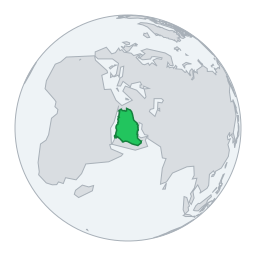 Saudi Arabia on an orthographic globe, rotated 38°
{"feature_id": "SAU", "entity_name": "Saudi Arabia", "entity_type": "country or territory", "adm_level": 0, "iso_a3": "SAU", "parent_name": "Asia", "parent_adm1": "", "projection": "orthographic", "projection_center": [44.88, 24.248], "detail": "fine", "context": "on_globe", "style": "filled", "palette": "green", "viewbox_px": 256, "rotation_deg": 38, "n_neighbors": 0, "source": "natural_earth", "source_scale": "50m", "svg_char_len": 14012}
<svg xmlns="http://www.w3.org/2000/svg" viewBox="0 0 256 256"><g transform="rotate(38 128 128)"><circle cx="128" cy="128" r="113" fill="#eef3f6" stroke="#a8b0b8"/><path d="M152.3,18.0L149.6,17.4L148.8,17.3L152.2,18.0L153.3,18.4L148.4,17.3L149.8,18.0L141.2,16.9L129.0,15.5L123.4,15.9L108.8,17.2L109.4,17.3L104.3,18.4L103.0,19.0L100.6,19.4L101.7,19.6L104.0,19.1L105.3,19.1L104.8,19.6L101.7,20.0L101.5,19.9L100.3,20.3L99.0,20.4L99.4,20.6L95.7,21.3L98.5,21.3L94.9,22.4L92.7,22.7L94.0,21.8L92.1,21.3L90.7,21.7L99.2,19.1L108.0,17.2L116.8,15.9L125.7,15.4L134.7,15.6L143.6,16.4L152.3,18.0ZM81.9,25.2L76.7,27.8L74.2,29.0L73.6,29.4L81.9,25.2ZM70.2,31.3L70.9,30.9L74.5,29.0L75.0,29.0L79.3,27.0L80.1,26.8L84.1,25.4L82.3,26.7L78.4,28.8L75.0,30.2L73.2,31.4L75.4,31.1L68.2,35.2L61.8,40.6L60.1,41.7L58.4,41.4L60.9,38.3L58.7,39.2L58.9,39.9L54.5,43.2L53.3,44.4L52.8,45.2L53.9,44.5L52.2,46.1L51.4,45.6L53.0,44.2L53.2,44.3L54.3,43.0L53.8,43.2L61.8,36.9L70.2,31.3ZM15.4,132.5L16.0,137.3L17.5,145.7L18.4,152.0L19.0,156.3L19.2,157.2L17.3,149.1L16.1,140.8L15.4,132.5ZM84.8,24.8L84.5,25.1L83.9,25.2L84.8,24.8ZM86.9,24.0L86.5,23.9L87.4,23.5L87.7,23.6L86.9,24.0ZM156.9,19.2L157.7,19.5L156.0,18.9L156.9,19.2ZM87.1,24.2L89.1,22.9L90.8,22.2L92.9,22.0L87.1,24.2ZM157.5,19.5L159.4,20.5L161.6,21.1L156.5,20.4L156.6,19.5L154.2,18.7L156.4,19.3L157.5,19.5ZM105.0,18.8L102.5,19.3L105.1,18.6L105.0,18.8ZM106.4,18.4L112.7,16.7L116.2,16.4L113.4,16.9L118.3,16.5L117.0,17.1L113.9,17.5L111.9,17.5L112.9,17.8L106.4,18.4ZM153.4,20.0L153.1,20.2L152.4,19.8L153.4,20.0ZM106.0,19.1L106.9,18.7L110.1,18.4L108.7,19.2L108.1,19.0L106.0,19.1ZM120.3,16.1L122.4,16.2L121.9,16.7L122.6,16.8L117.2,17.1L120.3,16.1ZM107.2,19.3L108.0,19.6L106.0,20.2L105.3,19.5L107.2,19.3ZM111.4,18.0L112.9,17.9L111.6,18.2L111.4,18.0ZM99.5,22.8L100.6,22.1L102.3,21.8L99.5,22.8ZM108.4,19.7L109.0,19.5L109.8,19.4L110.0,19.8L108.4,19.7ZM117.2,17.6L116.6,17.8L119.4,17.4L119.1,18.0L115.6,18.2L117.0,18.3L116.9,18.5L114.1,18.5L117.2,17.6ZM112.5,19.8L107.9,20.5L105.5,21.8L103.9,22.0L108.0,20.0L112.5,19.8ZM113.7,19.0L112.6,19.5L111.1,19.4L111.0,19.0L113.7,19.0ZM120.2,18.3L121.5,17.4L122.3,17.5L120.2,18.3ZM112.1,20.2L113.2,20.0L112.0,20.2L112.1,20.2ZM118.0,18.8L118.4,18.5L119.2,18.5L118.0,18.8ZM115.1,20.1L113.6,20.2L113.5,19.9L115.1,20.1ZM116.6,19.5L117.7,19.6L114.3,19.7L116.7,19.3L116.6,19.5ZM118.7,18.9L119.3,18.8L118.4,19.1L118.7,18.9ZM116.4,21.3L112.2,21.5L111.9,20.7L116.0,20.6L116.4,21.3ZM34.6,141.0L31.4,122.5L34.3,117.4L35.8,110.0L57.2,91.7L60.6,94.6L76.2,95.7L77.9,97.1L74.9,102.6L85.7,112.2L90.5,108.0L101.4,113.5L109.4,114.1L114.3,103.4L101.2,102.1L100.1,96.6L111.5,92.9L123.1,94.5L123.0,92.4L116.7,87.3L120.3,83.8L114.6,85.3L116.2,87.5L112.6,88.7L111.0,86.7L112.3,85.5L109.1,84.2L103.5,91.1L104.5,94.1L95.4,94.3L96.3,99.5L93.5,101.5L91.0,93.5L92.0,90.9L86.6,81.9L84.8,84.6L89.7,93.4L87.7,92.5L85.3,96.7L85.6,92.7L80.7,82.9L73.2,83.1L61.9,92.0L57.9,91.7L55.3,88.2L61.2,77.7L69.5,79.6L71.7,76.4L71.5,70.7L74.0,72.0L75.0,70.0L78.3,70.7L84.4,67.1L87.9,67.4L91.8,62.0L94.1,61.6L91.2,64.8L91.0,67.5L100.1,68.8L102.2,67.9L104.0,64.4L106.3,65.4L106.8,61.8L112.7,61.3L106.0,59.2L107.9,55.5L112.2,53.2L111.6,51.7L104.6,55.6L102.8,57.5L103.3,59.7L97.5,65.3L94.1,65.8L95.6,58.9L90.9,59.0L94.1,54.0L111.1,46.0L117.6,45.1L125.1,50.8L122.8,52.9L118.9,51.7L121.2,56.0L121.7,54.1L123.5,55.1L125.8,52.3L127.3,52.9L127.0,49.3L129.0,49.7L129.1,52.0L134.2,48.7L138.8,49.1L139.3,48.1L138.5,46.9L144.8,48.5L144.9,47.7L142.8,46.9L141.6,44.8L141.9,42.0L144.1,42.7L144.3,43.8L148.0,47.4L148.1,50.6L149.0,50.6L149.4,48.1L144.9,43.6L144.5,41.7L147.0,43.5L146.1,42.7L146.5,42.0L149.0,42.1L146.5,40.0L148.7,32.7L153.8,32.4L155.7,34.6L159.6,31.3L165.0,32.0L163.1,31.1L163.6,29.3L161.9,29.1L161.1,28.5L161.7,24.8L163.5,24.7L161.6,22.7L160.7,22.4L159.2,22.3L156.5,20.4L161.6,21.1L163.6,21.8L165.4,22.0L169.7,23.8L174.0,25.7L177.6,28.0L180.8,29.6L181.1,29.5L185.7,31.8L193.8,37.3L185.6,33.0L173.1,26.3L178.1,28.9L176.5,28.5L178.0,29.6L181.5,31.6L182.2,31.7L185.5,36.9L193.0,44.0L193.7,42.3L196.5,43.6L205.7,51.9L213.9,66.9L217.8,70.0L219.7,72.8L220.0,75.6L217.2,71.5L215.2,71.0L213.6,68.5L213.1,72.1L210.8,68.7L211.5,73.5L214.0,75.7L215.3,73.5L216.9,79.5L221.4,82.9L224.6,88.7L226.2,102.1L223.7,108.1L224.2,110.2L221.8,109.1L220.7,114.4L226.9,123.6L227.4,126.9L224.7,135.3L224.3,133.0L218.0,129.9L218.3,138.1L223.2,142.5L224.9,149.3L221.8,148.5L219.9,142.7L217.7,141.4L217.2,134.4L213.2,125.2L210.1,128.6L209.3,124.5L203.4,117.6L198.3,122.3L190.8,136.1L191.5,146.8L188.2,152.3L179.9,138.7L176.8,128.7L173.5,130.4L165.3,122.8L150.0,124.1L148.2,121.5L145.2,123.0L139.5,120.6L136.9,116.3L133.3,116.7L140.4,128.1L144.3,127.7L148.1,122.9L149.3,127.1L154.8,130.4L147.4,141.0L125.3,150.7L123.8,142.6L110.3,119.9L111.1,117.4L111.0,117.1L110.9,116.6L109.0,120.6L106.9,116.1L113.4,132.0L114.3,138.7L125.0,151.1L123.8,152.4L127.5,154.9L140.0,151.6L139.9,154.2L133.6,166.5L116.9,182.3L119.5,192.5L119.0,200.8L109.4,205.6L111.2,211.6L106.4,213.3L106.7,216.5L103.3,219.4L97.4,221.6L86.4,219.9L85.0,217.1L78.4,210.6L68.9,194.5L70.9,188.1L69.6,182.2L61.7,167.4L63.3,160.3L61.4,156.6L57.3,156.2L55.2,151.7L52.8,150.9L38.5,148.1L34.6,141.0ZM48.6,102.5L47.8,104.7L48.6,102.5ZM134.7,101.9L142.1,102.3L139.9,95.4L142.6,95.1L140.8,93.0L139.7,94.9L135.7,89.3L139.3,87.3L138.9,84.4L136.4,84.2L130.5,88.8L136.3,96.8L134.1,99.6L134.7,101.9ZM54.6,43.2L54.6,43.3L53.7,44.3L53.4,44.4L54.6,43.2ZM54.2,46.4L51.4,48.9L53.2,47.0L52.3,47.4L54.8,44.1L59.3,42.1L56.8,43.5L54.2,46.4ZM59.5,39.7L57.4,41.7L59.5,39.6L59.5,39.7ZM76.9,59.9L77.6,61.4L75.6,63.3L71.1,63.7L73.9,60.8L76.9,59.9ZM78.9,63.2L81.6,56.7L84.5,56.5L82.4,57.6L84.1,58.1L81.2,60.2L81.3,66.7L79.6,68.9L72.2,67.9L75.6,66.9L74.8,65.3L78.9,63.2ZM83.3,43.3L84.5,41.2L89.3,43.3L87.6,45.0L83.0,45.3L82.3,43.4L83.3,43.3ZM90.6,24.3L90.8,23.9L91.6,23.7L92.2,23.8L90.6,24.3ZM99.9,22.5L90.9,25.9L90.6,25.6L85.6,28.3L82.9,28.6L86.2,26.7L80.5,29.2L82.4,27.7L78.5,29.6L86.2,25.4L87.6,24.3L87.0,25.3L89.4,25.0L90.9,24.6L96.3,22.6L100.6,20.6L103.7,20.2L104.8,20.5L104.2,21.0L102.4,21.0L102.9,21.6L99.8,22.0L99.9,22.5ZM115.0,28.5L113.1,27.7L113.7,30.3L110.6,30.1L110.9,30.5L108.2,31.1L105.3,32.6L104.1,32.3L103.5,33.1L101.7,33.6L100.5,34.6L97.9,34.5L96.2,35.7L95.9,35.0L93.8,37.2L94.2,35.6L91.9,36.4L92.7,37.5L81.4,36.4L76.3,37.6L71.9,39.7L73.2,37.1L78.3,33.7L84.9,30.6L89.5,29.9L89.3,29.1L91.5,28.6L90.8,29.5L93.2,27.8L94.8,27.7L100.6,25.9L103.1,23.9L105.3,23.3L105.1,24.1L107.4,23.0L108.6,24.1L110.2,23.7L112.9,24.6L111.7,26.5L113.6,26.0L115.7,26.8L115.0,28.5ZM117.1,21.6L116.3,23.5L114.2,24.4L110.3,22.6L108.6,22.7L106.1,21.9L109.2,20.6L109.6,20.9L110.8,20.9L109.3,21.3L111.4,21.1L112.0,21.6L113.8,21.6L113.0,22.1L117.1,21.6ZM80.6,95.3L82.1,95.9L84.6,96.1L83.1,99.0L80.6,95.3ZM77.1,88.7L78.6,88.6L77.7,92.4L76.1,92.0L77.1,88.7ZM80.2,85.5L78.7,88.3L78.6,86.5L80.2,85.5ZM92.6,64.7L94.2,64.5L94.1,65.4L92.8,66.5L92.6,64.7ZM116.0,37.3L115.3,36.4L116.0,36.1L116.6,33.8L118.9,33.9L119.5,35.3L116.0,37.3ZM111.6,105.1L108.9,107.0L107.9,105.9L109.0,105.4L111.6,105.1ZM95.0,103.1L98.4,105.0L94.5,103.9L95.0,103.1ZM118.7,37.1L118.6,36.0L119.8,36.7L118.7,37.1ZM120.6,33.9L122.2,34.5L119.2,33.7L120.6,33.9ZM158.3,233.0L159.2,233.4L157.4,233.7L158.3,233.0ZM138.6,199.4L131.9,213.2L126.5,213.3L125.0,209.4L127.2,201.1L133.4,198.6L136.3,194.5L138.6,199.4ZM234.8,157.6L235.6,156.9L235.5,157.4L234.8,157.6ZM234.1,157.1L235.2,156.0L233.7,158.3L234.1,157.1ZM235.5,155.5L236.6,153.3L237.1,152.0L236.9,153.1L235.5,155.5ZM233.3,158.0L227.8,162.4L225.3,162.9L226.2,160.7L230.2,158.3L233.3,158.0ZM225.9,160.8L221.8,158.5L214.4,147.5L217.1,146.6L224.5,151.7L224.1,153.4L226.6,155.7L225.9,160.8ZM234.9,145.2L234.4,150.0L231.6,152.1L230.2,152.5L229.3,147.5L229.8,144.1L231.1,143.3L234.5,129.6L236.0,130.8L235.2,136.1L236.3,139.0L234.9,145.2ZM192.1,147.7L195.0,153.2L193.0,154.8L192.1,147.7ZM234.9,121.1L234.2,127.0L234.5,119.8L234.9,121.1ZM234.4,114.8L235.0,116.9L234.0,115.4L234.4,114.8ZM225.1,113.3L223.8,114.8L223.3,113.2L224.6,110.5L225.1,113.3ZM227.1,93.8L228.9,98.3L229.3,100.1L227.8,97.8L227.1,93.8ZM138.6,38.4L135.2,41.3L134.2,43.9L136.1,46.0L132.0,44.5L133.4,40.5L138.6,38.4ZM147.2,33.2L145.5,31.7L147.2,31.7L147.8,32.1L147.2,33.2ZM145.5,32.7L141.7,32.1L141.3,30.9L144.4,31.6L145.5,32.7ZM130.1,34.1L128.9,34.9L128.0,34.2L130.1,34.1ZM216.0,198.3L215.6,198.7L218.1,195.5L222.1,188.5L222.5,188.1L225.1,182.7L230.9,173.1L235.8,160.4L236.2,159.3L233.4,167.7L230.0,175.9L225.9,183.7L221.2,191.2L216.0,198.3ZM236.7,155.3L238.1,150.2L238.5,149.0L236.7,155.3ZM240.3,136.9L240.4,135.4L240.5,132.9L240.3,133.2L240.6,130.1L240.6,130.8L240.3,136.9ZM239.4,139.9L239.3,141.2L239.1,140.8L239.4,139.9ZM239.7,138.5L240.1,138.2L239.6,139.7L239.7,138.5ZM237.0,139.3L237.3,141.7L238.4,138.4L237.5,142.1L237.9,145.7L237.5,147.9L237.2,143.8L236.6,149.4L236.1,149.9L236.1,145.8L236.8,139.7L237.3,136.8L239.0,133.2L237.0,139.3ZM239.8,135.1L239.7,132.2L239.7,129.7L240.0,131.0L239.8,135.1ZM238.6,125.6L237.4,123.0L236.9,125.4L237.5,118.1L238.6,121.8L238.6,125.6ZM236.8,118.3L236.4,120.5L236.5,116.5L236.8,118.3ZM236.0,119.5L235.4,117.0L236.0,116.6L236.0,119.5ZM237.2,117.9L236.4,113.3L237.2,115.5L237.2,117.9ZM233.8,111.5L236.0,114.2L234.0,114.5L231.6,106.1L232.2,105.0L233.8,111.5ZM222.7,73.8L221.3,71.8L221.2,70.5L222.2,72.2L222.7,73.8ZM219.7,65.3L220.7,69.6L221.3,73.3L222.2,73.8L224.3,78.0L221.7,75.3L219.7,69.9L219.7,67.8L217.5,64.6L216.2,61.6L213.2,58.1L212.0,56.2L214.7,58.7L219.7,65.3ZM211.9,56.8L206.3,50.7L207.2,50.2L208.6,51.4L210.8,54.3L210.2,54.4L211.9,56.8ZM205.2,49.1L204.5,49.3L194.8,42.4L193.0,40.9L200.9,45.4L200.7,45.8L202.9,47.7L205.2,49.1ZM154.3,20.5L153.2,20.2L154.1,20.2L154.3,20.5ZM160.1,28.4L159.1,27.7L160.2,27.6L160.1,28.4ZM156.8,25.8L156.3,26.4L155.9,25.5L156.8,25.8ZM155.3,27.9L155.6,26.5L156.6,28.2L155.3,27.9Z" fill="#d9dde1" stroke="#a8b0b8" stroke-width="1"/><path d="M141.2,138.0L140.7,138.1L140.3,138.1L139.8,138.2L139.3,138.3L138.8,138.4L138.2,138.5L137.6,138.6L137.0,138.7L136.5,138.8L136.0,138.9L135.7,139.0L135.4,139.2L134.9,139.5L134.4,139.7L134.1,139.9L133.9,140.2L133.7,140.4L133.5,140.7L133.3,141.0L133.1,141.3L133.0,141.5L132.8,141.9L132.7,142.1L132.3,142.3L131.9,142.3L131.8,142.0L131.6,141.8L131.5,141.7L131.4,141.7L131.1,141.7L130.7,141.7L130.2,141.7L129.7,141.7L129.2,141.6L128.7,141.4L128.1,141.4L127.7,141.4L127.4,141.4L127.0,141.4L126.6,141.4L126.5,141.5L126.4,141.5L126.2,141.6L125.8,141.5L125.7,141.4L125.5,141.2L125.4,141.2L125.1,141.2L125.0,141.3L124.8,141.5L124.8,141.8L124.7,142.0L124.7,142.3L124.7,142.5L124.8,142.6L124.8,142.8L124.7,142.8L124.6,143.0L124.4,143.1L124.1,143.4L124.0,143.0L123.9,142.9L123.9,142.7L123.6,142.4L123.5,142.1L123.3,141.9L123.2,141.7L123.2,141.3L122.7,140.9L122.1,140.4L122.0,140.2L121.7,139.7L121.6,139.3L121.2,138.8L121.2,138.7L121.1,138.2L120.7,137.2L120.4,136.9L120.4,136.7L120.1,136.6L119.9,136.2L119.2,135.7L118.8,135.6L118.5,135.4L118.3,135.1L118.1,134.7L117.7,134.2L117.4,133.6L117.5,133.3L117.5,133.1L117.4,132.9L117.3,132.6L117.3,132.4L117.3,132.1L117.4,131.8L117.4,131.6L117.5,131.4L117.5,131.0L117.4,130.8L117.4,130.7L117.2,130.5L117.3,130.5L117.1,130.2L117.0,129.8L116.9,129.6L116.6,129.1L116.5,128.8L116.2,128.4L115.9,128.1L115.6,127.9L115.4,127.8L115.2,127.6L114.9,127.6L114.7,127.2L114.6,126.9L114.3,126.5L114.4,126.4L114.5,126.2L114.4,126.0L114.4,125.9L114.3,125.6L113.9,124.9L113.7,124.6L113.6,124.3L113.6,124.1L113.3,123.9L112.9,122.9L112.6,122.6L112.5,122.3L112.3,121.9L112.1,121.6L111.8,121.2L111.6,120.6L111.2,120.0L111.1,119.9L110.7,119.8L110.5,119.7L110.3,119.9L110.3,119.7L110.6,119.0L110.7,118.6L111.1,117.4L111.4,117.5L111.7,117.5L112.1,117.6L112.6,117.7L112.8,117.8L113.3,117.5L113.7,117.3L113.9,116.9L114.1,116.6L114.5,116.5L115.0,116.5L115.4,116.4L115.5,116.4L115.6,116.1L115.7,115.8L115.8,115.7L116.1,115.5L116.3,115.4L116.1,115.1L115.8,114.8L115.6,114.4L115.3,114.1L115.0,113.7L114.8,113.4L115.2,113.3L115.7,113.2L116.1,113.1L116.7,113.0L117.2,112.9L117.8,112.7L118.2,112.6L118.5,112.4L118.8,112.4L119.4,112.6L119.9,112.7L120.5,112.8L121.2,113.2L121.5,113.5L122.0,113.7L122.5,114.0L122.8,114.3L123.3,114.6L123.6,114.9L124.1,115.3L124.6,115.7L125.0,116.1L125.6,116.5L126.1,117.0L126.7,117.5L127.1,117.8L127.7,118.3L128.3,118.3L129.1,118.4L129.8,118.5L130.5,118.5L130.8,118.5L131.2,118.5L131.6,118.6L131.9,118.6L132.4,118.6L132.5,118.9L132.6,119.2L132.7,119.4L132.8,119.5L133.2,119.5L133.5,119.5L133.8,119.5L134.1,119.5L134.3,119.7L134.3,119.9L134.5,120.3L134.8,120.6L134.9,120.9L134.8,121.0L135.0,121.3L135.3,121.4L135.6,121.5L135.7,121.9L135.9,122.1L136.1,122.2L136.5,122.5L136.9,122.8L137.2,123.1L137.0,123.4L137.2,123.5L137.3,123.6L137.4,123.8L137.3,124.2L137.2,124.2L137.2,124.5L137.3,124.7L137.4,124.9L137.5,125.1L137.9,125.5L138.0,125.7L138.1,126.1L138.3,126.4L138.4,126.6L138.6,126.7L138.7,126.9L138.8,127.1L139.0,127.1L139.4,127.0L139.5,127.1L139.6,127.3L139.5,127.6L139.8,127.6L140.0,127.6L140.0,127.9L140.0,128.0L140.2,128.3L140.3,128.4L140.4,128.5L140.5,128.6L140.7,128.9L140.8,129.0L141.0,129.2L141.1,129.4L141.2,129.5L141.3,129.6L141.5,129.7L141.6,129.9L141.7,130.0L141.8,130.1L142.0,130.2L142.4,130.2L142.7,130.3L143.0,130.3L143.4,130.3L143.8,130.3L144.2,130.4L144.6,130.4L145.0,130.4L145.3,130.4L145.6,130.5L145.9,130.5L146.1,130.5L146.3,130.5L146.5,130.5L146.6,130.3L146.7,130.6L146.9,130.7L147.0,131.0L147.4,131.5L147.5,131.7L147.5,131.9L147.4,132.1L147.4,132.3L147.3,132.5L147.2,132.8L147.2,133.0L147.1,133.4L147.0,133.6L147.0,133.9L146.9,134.1L146.9,134.3L146.8,134.5L146.7,135.0L146.6,135.4L146.6,135.7L146.4,135.8L146.1,135.9L145.8,136.0L145.4,136.2L145.1,136.3L144.8,136.4L144.5,136.6L144.2,136.7L143.9,136.8L143.6,137.0L143.3,137.1L143.0,137.2L142.7,137.4L142.4,137.5L142.0,137.6L141.7,137.7L141.4,137.9L141.2,138.0ZM122.6,142.7L122.9,142.7L122.9,142.9L122.9,143.0L122.8,142.9L122.7,142.8L122.4,142.8L122.2,142.6L122.2,142.4L122.3,142.4L122.3,142.1L122.5,142.3L122.5,142.5L122.6,142.7ZM113.9,125.4L113.7,125.2L113.2,124.9L113.3,124.7L113.3,124.8L113.6,125.0L113.9,125.3L114.0,125.3L113.9,125.4ZM113.4,124.7L113.4,124.4L113.4,124.5L113.4,124.7Z" fill="#22c55e" stroke="#15803d" stroke-width="1.5"/></g></svg>